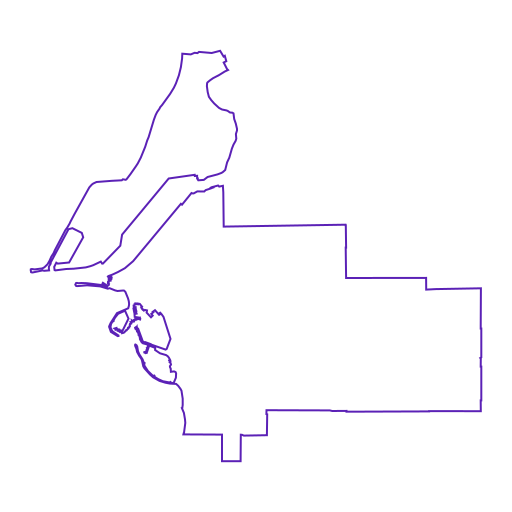 outline of Fremantle, Western Australia, Australia
{"feature_id": "25037944B1530675969406", "entity_name": "Fremantle", "entity_type": "district", "adm_level": 2, "iso_a3": "AUS", "parent_name": "Australia", "parent_adm1": "Western Australia", "projection": "albers", "projection_center": [115.749, -32.052], "detail": "fine", "context": "isolated", "style": "outline", "palette": "violet", "viewbox_px": 512, "rotation_deg": 0, "n_neighbors": 0, "source": "geoboundaries", "source_scale": "gbopen_adm2", "svg_char_len": 6045}
<svg xmlns="http://www.w3.org/2000/svg" viewBox="0 0 512 512"><path d="M480.8,411.2L480.7,400.4L481.3,400.4L481.3,366.6L480.7,366.6L480.8,358.6L480.3,358.0L481.3,357.4L481.3,328.5L480.7,328.5L480.9,288.3L435.7,289.1L426.2,289.6L426.1,277.9L346.1,278.0L345.7,247.6L346.1,247.6L345.8,225.4L345.6,225.4L345.5,224.7L223.7,226.6L223.3,192.4L222.9,185.8L219.2,186.6L218.1,185.5L213.3,186.8L213.5,187.4L211.8,188.0L211.6,187.3L210.5,187.8L210.6,188.5L205.7,190.1L204.2,191.5L197.3,191.4L193.7,193.4L192.4,193.4L191.5,193.0L182.0,204.7L180.9,203.8L133.1,261.2L124.9,268.2L118.0,272.0L112.2,274.7L108.3,276.1L107.9,276.6L108.4,277.1L111.1,276.7L111.7,277.3L111.4,278.9L108.7,278.6L108.7,279.1L110.9,279.4L110.6,280.7L108.7,280.4L108.5,281.5L108.9,281.6L108.7,282.4L108.0,282.2L107.9,283.4L109.0,284.0L108.7,285.1L107.4,285.8L102.9,282.8L102.6,283.3L107.3,286.4L106.9,287.1L105.5,286.0L103.7,285.3L86.8,283.2L81.4,283.0L78.4,283.2L76.9,282.9L76.0,283.1L75.3,284.7L76.2,286.0L77.4,286.1L87.1,285.3L100.2,286.4L107.8,288.7L109.6,288.2L115.1,290.4L117.5,291.0L123.2,290.5L124.1,290.6L125.4,291.9L128.0,298.3L128.8,301.2L129.1,304.0L128.9,305.8L128.2,308.3L117.0,313.1L110.6,323.1L109.3,326.0L109.1,326.8L110.9,331.9L117.7,336.1L118.5,336.0L118.5,335.5L112.4,331.3L112.0,330.4L111.4,330.0L110.5,327.0L111.1,323.9L112.3,321.9L113.6,321.1L113.7,320.1L115.0,317.7L118.1,313.8L125.0,310.7L128.5,318.6L122.3,331.2L121.7,331.3L121.3,330.5L119.6,330.2L119.4,329.6L118.6,329.9L118.0,329.2L116.8,328.9L116.6,328.2L116.1,328.6L115.9,328.1L114.6,328.5L115.7,329.3L115.7,329.7L116.3,329.5L117.6,330.1L117.6,330.8L119.1,331.1L119.4,331.6L119.6,331.4L121.3,332.4L122.4,332.7L122.3,333.1L123.3,332.9L124.5,332.3L124.9,331.5L125.9,330.8L126.0,330.3L126.3,330.0L126.8,330.1L127.3,329.3L128.1,328.8L128.0,328.2L128.9,327.7L128.6,327.4L129.0,327.2L129.5,326.3L129.8,326.2L129.7,325.6L130.0,324.9L129.9,324.8L130.2,324.5L130.1,323.9L131.0,323.6L130.8,323.0L131.5,322.7L131.3,322.3L131.8,322.0L131.4,321.8L132.0,321.6L131.9,320.8L132.1,321.0L132.6,320.7L132.6,321.0L133.6,321.0L133.6,321.6L133.9,321.6L134.4,320.7L133.8,320.2L135.0,319.1L135.3,319.4L135.6,319.2L136.0,319.6L136.3,319.1L136.9,319.3L137.1,319.0L137.4,319.2L138.3,318.9L140.1,319.5L140.3,318.7L140.1,318.2L139.9,318.5L139.6,318.3L139.3,317.6L134.7,316.9L134.5,314.1L136.6,313.6L136.3,312.8L134.4,313.1L134.0,311.3L136.3,310.9L136.0,309.9L133.9,310.4L133.5,308.6L135.7,308.1L135.6,307.1L133.8,307.4L133.7,306.3L133.9,306.4L134.4,304.4L135.2,304.5L135.3,303.4L137.2,303.5L137.2,304.2L138.2,304.3L138.2,303.6L139.8,303.9L142.0,306.6L141.2,307.2L142.2,308.5L141.9,308.7L142.6,309.6L142.9,309.4L143.9,310.6L144.8,309.9L147.0,310.4L146.6,312.6L151.0,317.3L152.7,315.6L151.3,313.9L153.3,312.3L152.8,311.8L155.0,310.2L159.1,314.8L159.8,314.4L159.2,313.4L160.2,312.7L161.5,314.1L163.5,316.9L170.5,338.9L166.7,348.9L165.6,349.6L150.7,344.4L150.7,344.1L145.2,342.1L144.5,342.3L143.4,341.7L143.2,342.0L143.0,341.3L142.3,340.8L142.2,339.7L138.2,328.8L136.9,327.6L136.8,326.9L136.5,327.4L136.0,327.1L135.1,327.7L135.4,328.8L136.3,329.5L136.9,330.5L137.0,331.5L137.8,332.1L138.6,334.1L138.5,334.9L139.0,335.2L139.7,337.1L139.9,338.5L140.2,338.9L140.0,339.3L141.7,342.3L142.9,343.3L146.7,344.3L148.4,345.2L147.8,346.1L147.5,347.6L147.0,347.9L147.3,348.4L146.6,349.5L146.5,350.8L145.6,351.8L144.3,352.1L144.3,352.5L145.6,353.1L145.9,352.7L146.7,352.9L149.2,345.6L155.2,347.9L155.1,350.0L160.0,353.3L166.1,355.1L167.7,356.2L168.9,357.7L169.7,359.2L169.3,360.1L170.2,360.2L170.5,361.2L170.4,361.6L169.6,362.1L170.6,363.1L171.0,364.6L169.9,366.2L170.1,367.5L170.7,368.5L170.9,371.8L174.0,371.4L174.8,371.7L175.6,372.1L176.1,373.4L175.9,377.7L173.6,383.1L171.4,382.8L170.4,382.0L170.0,382.4L168.6,382.3L162.8,381.2L158.4,379.2L155.6,377.5L154.5,376.7L154.6,376.0L154.3,375.6L153.6,376.0L152.2,375.1L148.0,371.1L144.6,365.9L144.2,364.7L144.6,363.0L143.7,362.4L142.6,359.4L139.3,354.3L138.0,351.3L137.2,346.5L136.5,345.2L135.5,344.5L135.2,344.6L135.1,345.7L136.4,348.8L137.1,351.9L139.1,355.6L141.3,358.7L141.9,360.2L143.3,366.4L144.5,368.4L150.1,374.6L153.1,377.3L159.5,380.9L165.4,382.7L170.0,383.6L176.1,383.9L178.2,385.8L180.7,389.2L181.5,390.8L182.7,398.7L182.7,405.0L182.3,408.0L181.9,408.1L183.9,412.9L185.0,419.4L185.3,422.9L183.9,433.7L183.6,433.6L183.4,434.4L222.0,434.6L222.0,461.2L240.6,461.2L240.8,434.7L242.0,434.8L243.8,435.6L266.9,435.2L267.2,414.3L266.4,414.1L266.5,410.2L329.8,410.4L332.2,411.0L346.5,410.9L346.5,411.7L429.1,411.4L429.1,411.1L480.8,411.2ZM182.3,53.7L182.1,58.4L180.9,67.1L178.9,75.3L175.9,83.5L173.9,87.7L170.1,93.9L162.1,105.0L160.1,107.3L159.6,108.5L157.1,112.1L155.7,114.9L153.9,119.7L148.6,137.2L147.2,140.5L145.2,146.8L140.8,157.6L137.8,163.4L135.7,166.6L130.4,174.2L126.5,179.3L125.7,179.8L122.9,179.3L121.8,180.3L112.1,180.8L96.5,182.0L93.3,183.5L91.8,184.6L89.3,187.4L74.7,213.7L70.5,221.6L69.6,223.6L67.3,227.5L65.4,230.1L54.9,250.1L53.6,253.1L51.3,256.7L49.5,260.8L47.5,264.3L44.4,267.3L42.3,268.4L34.7,269.4L31.8,269.0L30.8,269.3L30.7,270.1L31.1,272.2L32.1,272.5L33.0,272.4L42.7,270.4L44.1,270.8L49.1,270.4L48.9,269.1L48.9,266.6L50.6,263.8L50.2,263.4L68.5,229.2L72.4,228.2L81.8,232.9L83.2,237.3L69.1,262.5L57.7,263.6L56.3,262.7L54.2,266.9L54.6,270.1L55.3,270.4L66.2,269.0L73.7,268.7L85.8,267.4L90.3,266.2L93.2,265.2L100.8,261.6L102.1,263.6L102.9,263.6L120.3,245.7L122.1,234.6L168.7,178.5L194.7,174.8L194.8,176.0L197.1,175.8L197.1,178.3L197.8,178.4L197.7,179.4L198.3,180.3L203.8,179.9L207.6,177.0L217.5,174.4L221.5,172.9L222.8,172.1L225.2,170.0L227.1,162.4L229.3,157.7L231.9,148.6L233.5,144.6L235.6,140.9L236.3,138.7L235.9,134.0L237.0,130.5L237.0,128.8L235.8,123.6L234.2,119.0L233.5,113.4L232.4,112.7L230.0,112.5L227.7,110.9L226.4,110.4L222.0,109.5L220.5,108.7L219.0,107.9L214.2,103.5L211.3,100.2L208.9,96.8L207.7,92.1L206.9,86.2L207.1,83.1L207.6,82.3L210.3,80.1L213.2,78.1L219.0,75.1L224.8,71.5L228.0,70.0L227.0,69.0L223.7,62.5L226.3,61.2L224.8,55.8L223.6,56.6L220.1,50.8L211.7,53.0L199.0,51.9L197.5,53.1L194.6,52.8L190.8,54.4L182.3,53.7Z" fill="none" stroke="#5b21b6" stroke-width="2"/></svg>